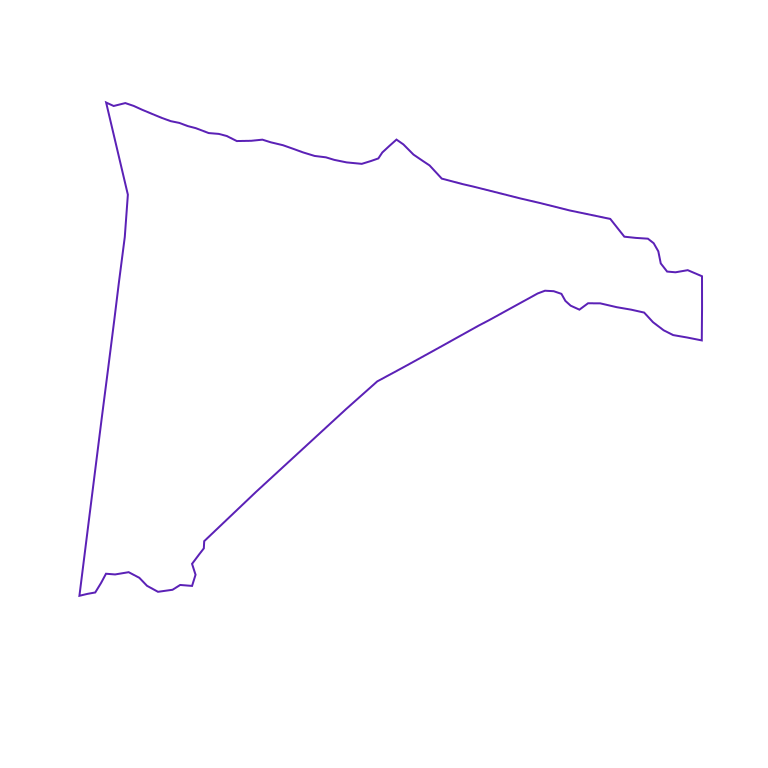 Coaraci, Bahia, Brazil (Natural Earth projection), rotated 277°
{"feature_id": "56859067B91846092860839", "entity_name": "Coaraci", "entity_type": "district", "adm_level": 2, "iso_a3": "BRA", "parent_name": "Brazil", "parent_adm1": "Bahia", "projection": "natural_earth1", "projection_center": [-39.579, -14.666], "detail": "fine", "context": "isolated", "style": "outline", "palette": "violet", "viewbox_px": 768, "rotation_deg": 277, "n_neighbors": 0, "source": "geoboundaries", "source_scale": "gbopen_adm2", "svg_char_len": 1423}
<svg xmlns="http://www.w3.org/2000/svg" viewBox="0 0 768 768"><g transform="rotate(277 384 384)"><path d="M466.0,694.1L498.3,690.4L529.7,686.5L534.0,671.6L530.4,659.7L530.1,651.3L537.4,644.0L549.1,640.1L556.6,634.5L560.4,628.2L559.7,616.2L559.5,604.6L566.5,597.5L575.4,588.5L578.9,547.0L582.7,516.3L584.8,496.7L590.9,448.0L592.0,437.5L594.9,416.3L601.5,408.5L606.5,402.6L610.0,395.6L615.3,385.3L624.2,374.0L628.1,366.6L620.7,360.1L613.6,354.1L607.2,350.9L603.7,343.8L599.8,335.1L599.4,319.9L600.4,307.3L601.9,298.7L601.9,287.4L604.0,275.5L606.5,264.6L608.7,254.6L610.1,242.2L611.7,233.5L609.2,222.5L607.2,208.3L611.0,197.6L612.1,189.5L611.7,179.4L615.0,166.0L616.1,157.7L618.2,149.0L618.9,140.3L621.0,131.1L623.8,120.9L626.7,110.6L629.5,101.7L631.3,93.0L627.0,81.8L629.5,73.9L540.7,106.7L498.3,108.8L451.8,108.5L416.1,108.5L365.0,108.3L315.1,108.0L214.5,107.7L136.7,107.5L139.6,115.4L141.9,122.8L152.0,127.4L161.8,131.2L162.2,140.3L166.1,153.5L161.8,164.8L154.8,173.4L150.2,185.0L154.0,199.2L159.7,206.2L160.2,218.1L171.7,220.2L182.1,215.4L192.7,221.5L198.9,225.2L206.1,224.7L261.3,270.1L354.7,349.6L385.8,377.0L402.3,400.3L424.9,431.6L453.6,471.0L460.0,480.3L492.6,525.5L496.2,532.4L496.8,541.1L495.1,549.1L488.6,553.9L484.5,559.7L481.6,568.9L489.0,576.7L490.4,588.8L488.6,605.7L487.9,620.3L486.6,633.5L478.1,643.5L471.4,655.0L467.8,665.0L467.1,679.1L466.0,694.1Z" fill="none" stroke="#5b21b6" stroke-width="2"/></g></svg>